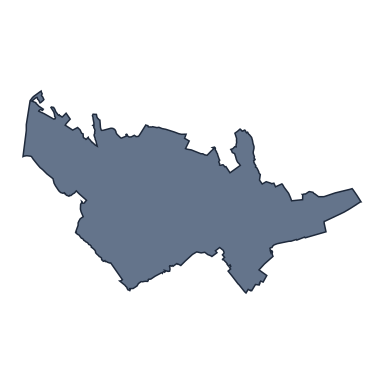 Hiliseu-Horia, Botosani, Romania
{"feature_id": "2599482B53241690354828", "entity_name": "Hiliseu-Horia", "entity_type": "district", "adm_level": 2, "iso_a3": "ROU", "parent_name": "Romania", "parent_adm1": "Botosani", "projection": "mercator", "projection_center": [26.289, 48.015], "detail": "fine", "context": "isolated", "style": "filled", "palette": "slate", "viewbox_px": 384, "rotation_deg": 0, "n_neighbors": 0, "source": "geoboundaries", "source_scale": "gbopen_adm2", "svg_char_len": 5877}
<svg xmlns="http://www.w3.org/2000/svg" viewBox="0 0 384 384"><path d="M264.4,264.0L273.0,256.4L272.1,253.9L272.4,252.5L272.4,251.5L271.9,250.8L271.5,250.6L271.2,250.9L270.8,252.3L270.2,250.5L270.3,249.9L269.9,248.3L270.3,247.9L272.0,247.5L272.8,246.0L274.1,244.9L277.2,243.7L282.4,242.6L288.8,241.3L291.0,241.2L296.3,239.5L296.8,240.1L304.6,237.1L305.2,237.8L326.0,231.8L324.1,222.9L324.2,221.4L325.2,221.1L344.1,212.1L350.4,208.4L360.6,201.8L361.0,201.8L356.8,195.2L353.0,189.7L351.7,188.2L351.8,188.6L351.6,188.8L350.0,189.3L335.2,192.9L324.2,196.6L323.2,196.7L318.5,196.7L315.0,194.0L313.7,193.3L313.0,192.3L309.5,191.6L308.8,191.8L305.5,194.0L304.0,194.0L303.0,194.5L302.3,194.5L302.7,195.0L302.6,199.7L291.6,200.8L290.5,197.7L288.6,193.3L284.2,187.4L282.7,184.8L281.9,183.9L275.5,186.8L273.9,183.2L271.5,183.7L270.9,183.2L266.2,181.7L262.2,184.0L259.5,180.1L260.3,174.5L259.4,173.6L258.7,172.3L258.7,171.6L257.0,168.2L256.4,167.4L255.5,167.1L255.8,165.7L254.9,164.2L254.5,163.9L254.4,163.0L253.9,162.6L253.8,161.2L253.6,160.5L253.7,160.3L254.6,160.1L255.1,159.6L255.0,159.2L254.2,158.4L254.1,157.9L254.4,156.5L253.6,154.6L253.2,152.9L253.3,151.5L254.0,148.3L254.0,146.5L253.0,143.4L252.5,140.5L251.6,137.4L249.5,134.8L248.7,134.2L247.6,132.2L246.5,132.8L245.2,130.5L244.8,130.1L244.0,130.6L243.9,130.4L242.2,131.2L240.5,129.3L240.2,129.5L239.9,129.2L237.4,131.4L234.9,133.2L236.6,138.4L236.5,141.0L236.7,142.2L236.0,145.3L236.2,146.8L234.8,146.7L232.8,148.7L230.8,149.4L231.6,150.6L232.3,152.5L234.6,153.6L235.7,156.9L236.3,159.3L237.1,161.2L237.8,162.4L239.1,163.7L240.3,165.4L230.0,172.8L225.9,166.6L224.8,166.8L223.3,164.9L222.4,164.8L220.7,165.3L219.6,165.1L219.6,163.5L218.8,162.3L218.8,161.9L218.8,161.4L219.5,160.8L219.7,160.1L219.2,159.3L217.7,155.0L217.4,153.6L216.5,152.4L216.4,151.3L215.5,150.5L215.3,149.9L215.4,148.8L215.3,148.0L214.5,147.1L212.4,147.6L213.8,148.5L213.5,149.0L211.1,151.1L207.1,155.3L204.6,154.8L202.9,153.8L200.8,153.7L191.3,149.9L187.1,149.2L185.5,148.6L189.2,141.0L184.6,138.3L186.1,134.2L181.4,134.3L178.8,133.7L174.3,132.0L165.8,129.3L162.2,128.6L158.9,127.3L156.9,127.6L152.6,126.7L151.7,127.0L148.4,126.9L148.2,126.8L148.1,126.0L147.8,125.6L146.6,125.4L145.8,125.0L141.0,132.7L139.1,135.6L138.3,136.4L136.1,136.6L134.3,135.3L131.3,136.9L129.1,137.0L127.2,135.6L127.2,134.7L127.0,134.4L126.4,134.2L125.9,134.6L126.3,136.1L121.4,138.1L120.7,137.9L116.9,134.2L116.0,132.5L115.9,131.5L115.2,130.1L114.3,129.1L113.5,128.9L113.0,128.4L111.0,128.2L103.2,130.3L101.5,130.4L101.2,130.0L100.5,127.7L99.9,120.2L99.6,120.2L97.5,118.1L96.9,116.9L96.4,114.4L93.1,114.2L92.4,115.7L93.0,117.4L93.1,119.0L93.9,122.8L93.9,125.3L93.7,125.8L93.4,125.1L92.8,125.4L93.9,126.3L93.8,127.6L94.7,129.2L94.7,129.8L95.0,130.5L94.6,132.1L94.8,133.3L94.2,134.3L94.1,135.5L95.1,138.3L95.2,139.4L96.1,141.5L96.4,143.2L97.2,146.2L95.3,145.1L92.2,142.2L92.0,142.4L89.9,139.7L88.5,138.5L88.3,137.3L88.0,137.5L88.0,137.8L87.2,138.2L86.8,138.9L86.0,139.4L85.7,139.0L83.6,137.7L83.3,137.2L83.1,133.9L81.6,133.2L80.1,129.9L77.6,127.5L72.7,130.1L65.2,125.2L66.4,123.4L70.2,119.1L66.1,113.2L62.3,117.0L61.7,116.9L60.4,115.8L59.5,115.6L59.3,114.9L58.4,115.2L55.7,111.6L54.8,109.2L53.6,107.4L51.4,107.0L50.9,107.5L53.8,112.0L54.6,114.9L54.6,116.2L55.5,117.7L55.2,118.2L55.2,118.7L54.5,118.8L53.9,119.2L44.0,113.6L38.7,111.2L38.9,110.6L40.4,109.5L42.5,110.4L43.3,109.2L38.6,106.0L37.5,104.7L36.0,103.4L35.9,102.7L31.9,101.1L35.6,98.0L37.0,97.4L37.3,97.9L37.7,99.3L38.6,100.0L40.0,102.9L40.7,102.6L43.4,100.2L43.9,99.5L42.6,96.8L41.5,95.6L41.7,94.8L42.0,94.3L42.1,93.4L41.5,92.6L41.1,91.0L33.8,96.3L32.5,97.5L30.1,100.7L26.3,124.6L26.3,130.5L23.0,156.6L24.2,156.1L26.8,155.7L30.7,156.2L31.5,156.6L33.3,159.3L37.2,164.2L40.1,167.6L42.6,169.6L46.9,173.9L53.0,178.7L54.1,183.3L55.5,185.9L58.8,190.8L60.6,192.5L63.1,193.3L64.2,192.7L65.0,193.4L64.7,193.5L64.8,193.7L65.2,193.9L65.1,194.0L65.9,194.7L66.7,195.4L67.5,195.4L67.9,195.8L69.0,196.2L69.6,195.4L70.8,195.6L72.9,193.9L74.5,193.0L76.3,190.9L78.8,193.5L86.5,200.3L84.8,202.2L84.6,202.8L83.8,203.2L82.4,203.2L82.2,201.9L81.7,201.5L81.9,202.1L80.6,204.4L80.4,209.1L81.1,211.8L83.2,216.7L80.3,218.7L79.0,220.9L78.1,222.9L78.1,225.3L76.1,230.8L76.3,231.6L75.7,231.9L75.6,232.5L76.4,233.0L76.3,233.3L77.7,234.4L79.1,235.1L81.1,237.9L81.6,238.3L82.4,238.5L83.4,239.5L83.8,240.4L84.5,240.6L85.6,241.7L87.3,242.5L88.0,243.2L88.8,244.5L89.8,244.7L91.3,246.2L91.4,247.4L92.0,247.5L92.8,248.3L93.1,248.4L95.1,250.5L95.6,251.9L95.6,252.7L96.7,254.0L98.5,255.6L99.3,256.6L100.3,257.0L101.5,258.0L101.5,258.9L101.7,259.9L102.6,260.2L103.2,261.3L103.9,261.2L104.9,260.6L105.4,261.6L106.5,261.5L107.2,262.1L108.5,262.6L110.1,263.1L110.7,262.9L122.4,279.7L120.9,280.8L119.7,281.0L125.1,285.4L125.6,286.2L126.8,287.3L127.2,288.6L128.0,289.9L128.8,290.0L129.8,290.6L130.3,289.5L129.8,288.6L133.1,288.5L133.9,288.0L137.0,286.0L138.4,283.6L141.1,281.6L142.9,281.8L143.6,281.5L145.3,281.3L147.7,281.4L148.3,280.2L148.2,279.7L148.5,279.3L150.8,279.1L155.1,276.2L161.5,272.8L161.8,272.8L162.4,273.3L162.6,272.6L163.8,271.5L164.6,272.2L165.7,271.2L165.1,270.5L168.0,271.4L169.6,271.2L170.0,269.5L169.9,267.9L169.5,266.4L169.7,265.8L170.6,265.7L171.2,266.2L172.4,265.6L173.0,266.3L176.8,263.6L177.3,264.1L177.5,263.9L178.6,264.3L180.8,265.5L185.3,261.0L192.5,254.4L196.7,251.9L201.1,252.9L204.8,252.3L207.8,254.6L210.5,255.6L211.9,256.5L217.0,252.7L215.4,250.8L219.7,247.5L223.3,250.4L224.0,252.3L224.0,253.1L222.4,254.9L224.6,257.3L222.5,259.3L222.8,259.7L223.2,259.4L226.1,262.4L227.3,263.9L227.1,264.2L228.5,266.1L230.1,264.9L230.8,266.3L229.5,267.5L230.6,269.0L228.1,271.1L231.5,275.3L238.1,283.9L239.0,284.7L244.5,291.6L246.0,293.0L248.2,289.4L250.5,290.7L250.9,290.2L251.7,290.7L255.5,284.5L259.2,285.0L259.9,283.3L259.5,283.1L260.7,281.1L263.1,282.1L266.8,275.5L259.0,269.9L264.4,264.0Z" fill="#64748b" stroke="#1e293b" stroke-width="1.5"/></svg>